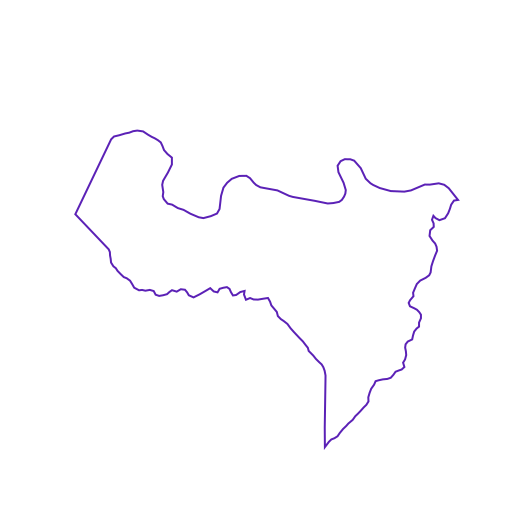 outline of Cachoeira Dourada, Goiás, Brazil, rotated 205°
{"feature_id": "56859067B56654290840077", "entity_name": "Cachoeira Dourada", "entity_type": "district", "adm_level": 2, "iso_a3": "BRA", "parent_name": "Brazil", "parent_adm1": "Goiás", "projection": "orthographic", "projection_center": [-49.637, -18.482], "detail": "fine", "context": "isolated", "style": "outline", "palette": "violet", "viewbox_px": 512, "rotation_deg": 205, "n_neighbors": 0, "source": "geoboundaries", "source_scale": "gbopen_adm2", "svg_char_len": 2976}
<svg xmlns="http://www.w3.org/2000/svg" viewBox="0 0 512 512"><g transform="rotate(205 256 256)"><path d="M373.8,309.6L379.3,311.0L384.1,313.1L387.2,316.1L390.3,318.7L393.8,319.5L397.6,319.9L400.8,319.9L405.1,320.3L411.0,321.2L416.6,319.5L420.1,317.2L423.0,314.2L426.3,311.8L430.9,307.7L435.2,304.3L436.6,300.5L437.4,217.5L392.3,199.8L390.1,197.8L388.5,194.8L386.5,192.0L384.6,188.8L380.9,186.4L377.9,185.7L375.2,184.0L371.0,182.4L366.9,181.0L363.8,181.2L359.7,180.4L356.2,178.1L353.0,175.8L347.5,175.5L344.9,177.1L341.6,177.8L337.9,180.4L333.9,181.0L330.6,178.5L326.9,178.9L323.7,181.1L320.5,183.8L319.3,186.7L317.7,189.5L312.8,190.2L310.1,194.1L306.1,195.4L303.0,193.9L300.3,192.0L295.1,192.1L290.9,197.4L287.4,202.4L283.9,207.5L279.3,206.0L275.5,206.8L275.1,210.9L272.2,213.4L269.2,215.5L266.1,215.0L263.5,212.7L260.2,210.5L257.5,212.3L255.0,216.7L251.6,219.5L250.6,216.0L246.6,212.1L243.6,215.4L239.8,215.6L235.8,217.3L231.3,220.4L227.4,223.0L224.0,220.6L221.2,217.7L217.1,215.8L213.5,214.1L210.8,210.8L206.8,209.3L203.5,208.8L198.8,207.7L194.1,205.1L189.5,203.1L185.5,201.5L182.0,200.1L177.4,198.4L174.0,196.6L170.2,194.7L168.1,192.2L165.1,191.1L162.1,190.0L158.1,188.0L153.9,186.5L150.7,185.5L148.0,183.7L145.3,181.0L142.5,177.1L140.5,172.7L121.3,129.8L112.8,111.9L111.4,118.4L110.2,121.6L107.9,124.0L105.9,127.1L105.3,130.9L104.0,136.0L102.4,140.1L101.5,143.2L99.1,148.4L98.3,152.8L97.0,156.1L95.8,159.6L94.4,164.3L93.1,167.7L92.6,171.7L94.5,175.4L95.2,180.0L95.5,184.4L94.6,189.3L94.7,193.1L92.3,195.2L88.9,197.8L85.0,200.1L82.4,202.6L81.3,206.3L80.6,210.1L78.1,212.7L76.0,214.7L74.6,218.1L77.6,221.5L77.2,225.3L78.0,229.7L79.9,233.0L82.1,236.0L83.1,239.2L82.3,242.6L79.2,246.4L80.1,250.3L80.7,254.4L79.8,258.1L78.4,260.9L80.1,264.6L80.2,269.3L81.7,272.5L84.3,274.1L87.4,275.3L90.5,275.5L95.2,275.5L97.8,278.0L97.7,281.0L96.3,286.1L98.1,289.1L98.3,293.8L98.4,298.6L96.8,303.1L93.0,307.9L90.9,311.7L90.8,314.9L92.7,320.8L93.4,326.2L93.9,332.4L94.1,337.3L96.3,340.7L98.9,343.0L102.6,344.6L107.2,347.5L109.0,353.0L107.2,357.5L108.8,360.6L111.8,363.2L112.2,367.4L109.3,366.2L104.9,366.0L100.7,370.1L99.9,375.9L100.2,380.7L100.8,385.0L100.0,389.9L96.6,392.2L110.0,398.9L115.5,400.1L121.1,399.1L128.7,394.1L133.2,392.1L143.3,380.9L148.8,377.0L161.3,371.8L172.6,369.9L179.9,369.9L183.0,370.3L189.2,372.4L198.2,379.9L207.3,383.9L211.5,383.5L216.5,381.2L219.4,377.7L220.2,372.3L216.7,366.8L207.6,359.4L202.5,353.7L201.4,350.3L201.3,347.0L201.9,343.1L203.5,340.2L208.4,336.6L213.2,333.9L226.2,330.8L247.6,325.1L251.5,324.5L259.5,324.5L264.3,324.5L277.2,321.1L281.1,320.1L285.9,320.4L289.1,321.5L294.3,324.0L298.6,324.6L305.0,321.5L310.6,315.7L313.1,310.2L314.4,304.2L313.1,295.8L308.9,283.2L309.3,278.0L313.8,273.0L319.7,268.1L324.3,266.9L333.4,266.6L341.2,267.2L347.1,266.4L353.8,267.1L358.2,266.1L363.6,268.6L365.8,270.8L367.0,274.7L369.2,278.0L371.1,280.9L372.0,284.9L371.6,289.2L371.1,294.3L370.9,303.4L373.8,309.6Z" fill="none" stroke="#5b21b6" stroke-width="2"/></g></svg>